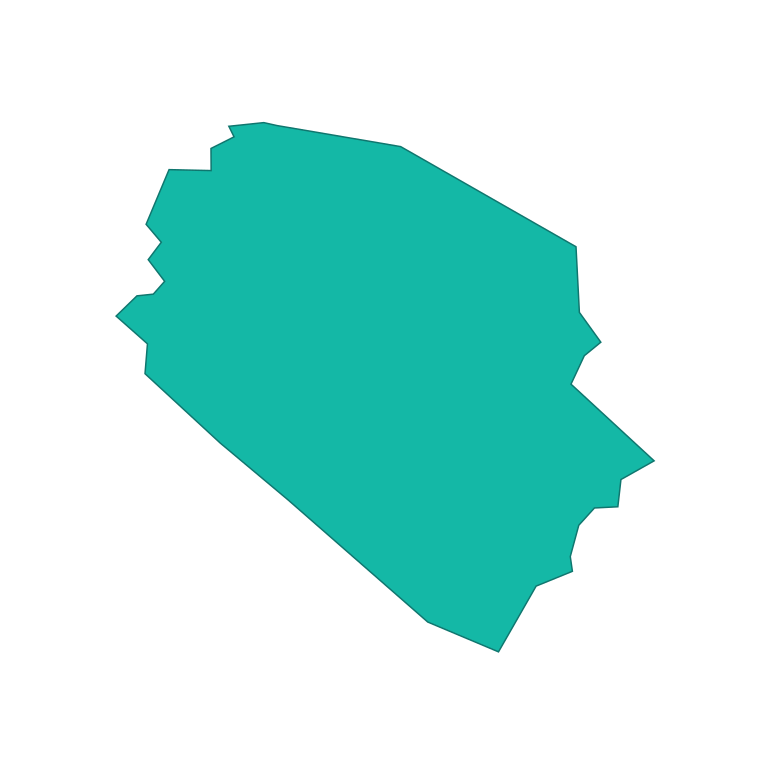 the district of Braxton, West Virginia, United States of America, rotated 256°
{"feature_id": "52423323B93118909799031", "entity_name": "Braxton", "entity_type": "district", "adm_level": 2, "iso_a3": "USA", "parent_name": "United States of America", "parent_adm1": "West Virginia", "projection": "natural_earth1", "projection_center": [-80.697, 38.706], "detail": "fine", "context": "isolated", "style": "filled", "palette": "teal", "viewbox_px": 768, "rotation_deg": 256, "n_neighbors": 0, "source": "geoboundaries", "source_scale": "gbopen_adm2", "svg_char_len": 590}
<svg xmlns="http://www.w3.org/2000/svg" viewBox="0 0 768 768"><g transform="rotate(256 384 384)"><path d="M470.7,603.5L610.3,457.6L660.6,342.8L666.7,330.6L671.6,295.8L660.1,298.3L654.4,273.1L632.9,267.9L644.0,227.3L596.5,191.8L575.4,202.2L561.7,185.3L536.7,196.0L527.0,181.9L529.3,165.6L514.7,140.5L480.2,164.2L451.8,154.6L366.3,210.8L294.7,262.9L142.4,368.9L96.4,430.3L151.1,482.7L156.7,521.5L171.5,523.0L199.8,538.8L212.8,558.2L208.3,581.2L234.0,590.8L244.1,627.5L338.6,565.4L363.0,585.2L372.1,604.5L406.2,590.9L470.7,603.5Z" fill="#14b8a6" stroke="#0f766e" stroke-width="1.5"/></g></svg>